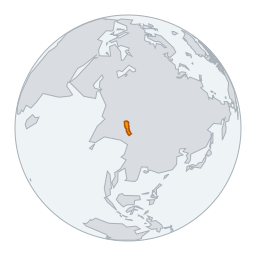 Nepal highlighted on a globe, orthographic projection, rotated 52°
{"feature_id": "NPL", "entity_name": "Nepal", "entity_type": "country or territory", "adm_level": 0, "iso_a3": "NPL", "parent_name": "Asia", "parent_adm1": "", "projection": "orthographic", "projection_center": [84.322, 28.374], "detail": "coarse", "context": "on_globe", "style": "filled", "palette": "amber", "viewbox_px": 256, "rotation_deg": 52, "n_neighbors": 0, "source": "natural_earth", "source_scale": "50m", "svg_char_len": 10928}
<svg xmlns="http://www.w3.org/2000/svg" viewBox="0 0 256 256"><g transform="rotate(52 128 128)"><circle cx="128" cy="128" r="113" fill="#eef3f6" stroke="#a8b0b8"/><path d="M165.2,21.7L164.9,21.7L170.9,25.2L175.9,27.6L172.3,26.3L184.0,32.1L189.3,36.3L181.4,30.9L179.0,29.9L181.6,32.2L179.8,31.6L180.0,32.6L177.6,31.9L173.2,29.1L171.5,28.7L173.4,30.4L172.2,31.0L169.7,28.6L167.3,29.5L159.5,25.8L154.5,21.0L148.2,19.5L137.9,16.5L136.9,16.7L132.3,16.1L129.4,16.2L128.3,15.9L127.0,16.3L128.5,16.6L128.5,16.9L126.9,17.1L125.2,16.7L125.8,16.5L124.5,16.5L124.3,16.2L123.5,16.5L121.7,16.1L121.2,16.8L117.8,16.8L117.2,16.5L120.3,16.1L125.9,15.4L133.9,15.5L141.8,16.2L149.7,17.5L157.5,19.3L165.2,21.7ZM110.6,16.7L112.2,16.5L108.6,17.1L104.0,18.0L102.2,18.4L101.9,18.4L110.6,16.7ZM100.0,18.9L99.2,19.2L94.3,20.5L100.0,18.9ZM179.9,29.6L178.3,28.5L180.5,29.8L179.9,29.6ZM180.5,32.8L181.5,33.4L181.2,33.7L180.5,32.8ZM114.0,16.3L113.1,16.4L114.0,16.3ZM115.8,16.1L116.5,16.0L117.5,15.9L117.0,16.0L115.8,16.1ZM177.2,32.9L176.3,33.4L176.4,32.4L177.2,32.9ZM114.6,16.3L119.0,15.8L120.6,15.7L120.1,16.0L114.6,16.3ZM175.3,33.3L173.3,34.7L175.4,36.0L168.2,33.6L172.3,33.0L172.1,31.6L173.6,32.8L175.3,33.3ZM129.7,16.6L128.0,16.3L130.8,16.4L129.7,16.6ZM131.6,16.6L140.5,17.1L142.2,17.8L138.9,17.4L142.3,18.5L138.8,18.6L136.1,18.0L135.7,17.5L134.7,18.0L131.6,16.6ZM164.6,32.2L163.5,32.3L163.8,31.7L164.6,32.2ZM128.6,17.1L130.3,17.0L131.9,17.6L128.9,17.9L129.4,17.6L128.6,17.1ZM145.0,18.8L145.7,19.4L143.0,19.6L142.9,19.9L138.9,18.7L145.0,18.8ZM128.2,17.5L127.4,18.0L125.2,18.0L127.1,17.2L128.2,17.5ZM133.6,17.7L134.3,18.0L132.9,17.9L133.6,17.7ZM116.9,18.4L118.9,18.1L119.9,18.4L116.9,18.4ZM127.2,18.2L128.0,18.3L128.6,18.4L127.6,18.7L127.2,18.2ZM137.3,19.0L136.0,19.0L138.8,19.5L136.9,19.9L134.5,19.0L134.8,19.5L134.2,19.6L132.9,18.8L137.3,19.0ZM128.5,19.5L124.8,18.8L121.0,19.2L120.0,18.9L126.3,18.4L128.5,19.5ZM131.2,19.1L129.3,19.3L129.0,18.8L130.1,18.4L131.2,19.1ZM136.4,20.5L140.0,20.1L140.3,20.4L136.4,20.5ZM127.4,19.7L128.3,19.8L127.2,19.7L127.4,19.7ZM133.7,20.3L134.9,20.1L135.3,20.3L133.7,20.3ZM129.1,20.4L128.0,20.2L128.7,19.9L129.1,20.4ZM131.3,20.4L131.6,20.8L129.6,19.9L131.7,20.3L131.3,20.4ZM133.9,20.5L134.6,20.6L133.4,20.6L133.9,20.5ZM127.0,21.9L124.4,20.8L126.0,20.1L128.3,21.2L127.0,21.9ZM23.2,86.6L25.5,81.3L36.6,69.9L36.1,73.6L41.6,79.0L41.8,80.9L38.0,85.2L39.7,97.4L43.8,94.8L48.4,103.2L53.4,106.2L60.7,97.5L52.5,92.4L54.1,86.8L63.1,86.8L70.7,91.7L71.6,89.7L69.4,83.0L73.8,80.8L68.9,80.5L68.9,83.1L65.9,83.1L65.7,80.8L67.3,80.0L65.7,77.9L58.7,82.6L58.0,85.8L52.3,83.3L50.6,88.5L48.1,89.5L50.1,81.3L51.9,79.1L53.6,69.1L51.2,71.1L49.5,80.8L48.8,79.3L45.6,82.7L47.6,79.0L50.1,68.3L46.7,66.3L37.8,71.5L36.8,70.0L38.0,66.1L45.8,57.8L47.2,62.0L50.0,59.6L53.6,54.2L53.8,56.1L55.4,54.6L56.3,56.1L61.5,54.5L63.0,55.9L68.7,51.9L70.3,52.2L66.4,54.4L64.6,56.8L68.8,60.7L70.7,60.5L74.1,57.7L74.8,59.3L77.5,56.2L81.8,57.4L78.9,53.4L82.8,50.6L87.4,49.7L88.2,48.2L80.7,49.7L78.2,51.0L76.9,53.2L69.6,56.7L67.3,56.2L73.0,50.1L70.4,48.9L76.0,45.2L92.7,42.7L97.8,43.8L98.4,51.4L95.1,52.6L93.2,50.3L91.5,55.0L93.3,53.4L93.9,54.9L97.8,52.9L98.4,54.0L101.1,50.5L102.3,51.6L100.6,53.7L107.3,52.2L110.8,54.0L112.0,53.2L112.4,51.8L116.5,55.3L117.3,54.6L116.2,53.1L116.9,50.9L119.8,48.3L121.1,49.6L120.2,50.7L120.3,55.2L117.8,58.2L118.6,58.5L121.1,56.3L121.0,50.7L122.4,48.9L123.0,51.3L122.9,50.3L124.0,49.8L126.3,50.6L125.9,47.9L136.2,41.9L141.7,43.3L141.0,45.9L149.6,44.1L155.1,46.4L154.1,45.0L157.5,43.6L155.8,42.8L155.6,42.1L163.6,39.0L166.5,39.6L168.8,37.3L168.3,36.6L166.3,36.0L168.2,33.6L175.4,36.0L176.2,37.2L180.2,38.1L181.5,41.1L184.4,44.1L183.5,47.3L185.9,49.7L187.2,49.8L191.4,53.5L195.6,61.1L186.6,54.4L179.2,44.3L181.7,48.2L179.5,47.2L179.3,48.7L181.3,51.6L182.5,52.0L177.1,57.7L178.4,66.6L182.4,65.3L185.9,67.5L190.9,78.1L187.3,94.6L191.9,98.9L192.9,102.1L190.4,104.8L188.9,100.0L185.4,98.9L185.0,96.0L180.4,99.2L179.6,95.2L176.5,99.9L178.8,102.7L183.1,101.2L180.8,107.3L186.5,112.0L188.2,118.6L182.4,131.7L174.7,136.5L174.5,138.6L170.9,136.7L167.0,141.4L174.3,152.2L174.4,155.5L167.6,162.6L167.3,160.2L157.8,155.1L156.6,163.1L163.8,168.9L166.3,176.1L161.0,174.3L158.4,168.0L155.0,166.0L155.5,159.1L152.0,149.1L146.6,151.3L146.6,147.1L140.8,138.6L132.9,141.4L120.4,152.2L119.4,162.7L114.8,166.9L107.7,151.2L106.7,140.7L102.8,141.2L96.6,131.4L82.1,127.9L81.2,124.9L78.2,125.5L74.1,121.5L73.2,116.5L70.2,115.8L72.7,128.9L76.1,129.7L80.7,126.3L80.6,130.6L84.8,135.4L75.8,143.3L56.1,145.8L56.3,137.7L52.2,111.9L53.5,109.8L53.6,109.5L53.6,109.0L51.1,112.2L51.1,107.3L51.1,124.4L50.1,131.1L55.8,146.2L54.8,147.0L57.2,150.5L67.7,151.2L67.3,153.7L61.1,163.6L48.5,173.7L51.3,184.4L52.5,192.3L47.4,194.2L50.6,200.6L48.3,200.9L50.0,204.1L49.7,206.0L48.3,206.5L42.9,201.7L40.3,198.5L34.3,190.1L25.0,171.7L24.0,166.0L22.6,159.9L19.0,143.3L19.6,136.9L19.2,132.8L18.0,131.3L17.7,126.4L17.2,124.9L15.8,118.3L15.8,118.1L16.8,110.1L18.4,102.1L20.5,94.3L23.2,86.6ZM29.5,77.7L28.4,79.5L29.5,77.7ZM76.6,102.2L82.6,104.9L83.6,97.7L86.0,98.2L85.5,95.7L83.7,97.2L82.9,90.6L86.8,89.8L88.0,87.0L86.1,86.0L79.0,88.6L80.0,97.9L77.1,99.8L76.6,102.2ZM63.6,45.7L62.7,47.3L60.5,48.5L58.6,47.6L61.8,45.7L63.6,45.7ZM61.8,49.3L68.0,44.1L69.4,44.7L67.6,45.2L67.9,46.1L65.0,47.2L60.4,53.3L58.1,54.8L55.8,51.8L57.8,51.8L58.6,50.1L61.8,49.3ZM81.2,32.2L83.9,30.7L83.5,33.9L81.1,35.0L79.0,33.9L80.7,32.0L81.2,32.2ZM112.9,17.2L114.0,17.0L114.4,17.0L113.9,17.3L112.9,17.2ZM117.8,18.2L108.8,18.7L109.5,18.3L103.4,19.4L102.9,18.9L106.9,18.2L102.0,18.8L105.5,18.0L101.9,18.6L110.9,17.0L113.8,16.5L110.7,17.2L111.0,17.6L112.0,17.6L117.0,17.4L123.4,16.8L124.7,17.4L124.0,17.9L122.6,18.1L122.2,17.6L120.7,18.3L119.1,17.8L117.8,18.2ZM114.2,27.9L114.3,26.6L111.1,29.1L109.4,28.1L109.1,28.4L106.7,28.3L103.3,28.8L103.0,28.2L101.8,28.6L100.1,28.7L98.4,29.2L97.2,28.3L95.0,29.0L95.7,28.2L92.2,29.6L94.3,28.3L92.3,28.3L91.3,29.6L89.3,25.4L86.8,25.1L83.6,25.8L87.6,23.8L93.2,22.1L98.9,21.2L100.8,21.9L102.3,21.0L103.6,21.2L101.8,21.8L105.3,21.0L105.9,21.3L111.0,21.4L115.6,20.3L117.6,20.5L116.1,21.0L119.1,20.8L117.6,22.1L119.0,22.2L119.0,23.8L115.3,25.1L117.1,25.2L117.1,26.6L114.2,27.9ZM126.9,22.4L122.8,23.8L120.0,24.0L121.3,21.2L120.2,20.9L121.0,19.4L125.2,19.2L124.6,19.6L125.0,20.0L123.5,19.9L125.0,20.2L124.2,20.9L125.1,21.4L123.5,21.7L126.9,22.4ZM43.8,80.0L44.3,81.0L45.5,81.9L43.5,84.1L43.8,80.0ZM45.4,72.7L46.1,73.1L43.8,76.4L43.3,75.5L45.4,72.7ZM48.5,70.6L46.3,72.8L47.2,71.1L48.5,70.6ZM67.3,54.6L68.3,55.0L67.6,55.7L66.2,56.4L67.3,54.6ZM104.3,36.2L104.8,35.2L105.6,35.1L108.6,33.2L110.0,33.9L108.8,35.4L104.3,36.2ZM58.2,98.3L55.6,99.3L55.3,97.9L56.3,97.8L58.2,98.3ZM48.3,91.5L49.6,94.3L47.7,92.1L48.3,91.5ZM106.4,36.8L107.5,35.8L107.6,36.8L106.4,36.8ZM111.3,34.4L111.7,35.4L110.6,33.8L111.3,34.4ZM108.2,236.5L110.3,237.2L108.5,237.0L108.2,236.5ZM67.5,196.9L66.2,208.4L62.0,206.9L59.4,202.6L58.7,195.1L63.0,194.6L64.6,191.5L67.5,196.9ZM191.1,187.9L193.9,187.6L193.8,188.0L191.1,187.9ZM188.3,187.1L191.6,186.4L187.6,188.2L188.3,187.1ZM192.8,186.2L196.1,184.5L197.5,183.4L197.2,184.4L192.8,186.2ZM186.0,187.6L173.3,189.9L168.2,189.4L169.5,187.6L177.8,186.8L186.0,187.6ZM169.1,187.7L161.0,183.9L149.3,170.8L153.5,170.8L165.6,178.3L164.9,179.8L169.7,182.9L169.1,187.7ZM188.1,175.8L187.3,180.3L180.3,181.3L177.1,181.2L174.9,175.9L176.2,172.9L178.8,172.5L188.6,160.7L192.1,162.4L189.2,167.2L192.1,170.5L188.1,175.8ZM119.9,163.7L122.8,169.9L120.2,170.8L119.9,163.7ZM192.1,152.8L188.5,158.1L191.6,151.4L192.1,152.8ZM193.7,146.6L194.2,148.9L192.4,147.0L193.7,146.6ZM174.8,141.8L172.0,142.8L171.7,141.2L175.1,139.0L174.8,141.8ZM189.5,124.2L190.3,129.1L190.0,130.9L188.4,128.2L189.5,124.2ZM120.5,44.0L114.7,45.6L111.5,47.7L111.2,50.2L109.1,47.6L114.1,44.3L120.5,44.0ZM134.1,41.9L134.4,40.0L135.9,40.6L136.1,41.1L134.1,41.9ZM133.1,40.9L130.3,39.2L131.5,38.0L133.5,39.6L133.1,40.9ZM118.1,37.5L116.3,37.8L116.3,37.0L118.1,37.5ZM201.3,213.6L202.3,212.7L203.4,211.7L201.3,213.6ZM209.3,205.9L205.2,209.9L205.5,209.5L203.5,211.4L201.8,212.4L203.1,210.0L201.0,211.8L204.0,208.6L200.5,211.9L200.6,210.4L198.2,210.9L179.2,221.4L175.6,221.8L177.8,219.4L177.1,213.7L178.4,213.5L179.1,209.0L191.1,201.9L200.2,191.3L205.3,190.0L210.2,182.2L215.1,180.5L212.8,186.1L216.8,186.7L222.1,174.1L222.1,183.9L223.4,185.6L220.9,191.4L209.7,205.5L209.3,205.9ZM236.0,158.1L236.3,157.2L236.2,157.5L236.0,158.1ZM198.0,186.5L202.0,182.1L204.0,181.2L198.0,186.5ZM235.9,157.3L235.4,158.0L235.6,157.3L235.9,157.3ZM236.2,155.7L236.3,154.9L236.2,156.5L236.2,155.7ZM235.4,155.2L235.9,155.9L235.3,155.5L235.4,155.2ZM235.0,156.0L234.5,156.0L234.5,155.6L235.0,156.0ZM227.4,164.0L229.4,167.3L227.3,168.9L225.1,167.3L222.6,171.8L217.3,174.2L218.8,171.6L218.3,168.9L212.4,170.4L211.2,168.9L213.4,166.7L209.3,166.7L213.9,164.0L215.6,167.4L218.1,163.1L222.0,161.9L225.6,161.2L228.1,162.4L227.4,164.0ZM213.5,173.0L214.3,172.6L213.5,174.1L213.5,173.0ZM233.5,154.9L234.2,156.0L234.1,156.6L233.7,156.7L233.5,154.9ZM228.7,161.3L231.6,155.9L232.2,155.4L230.2,160.6L228.7,161.3ZM231.1,154.2L232.2,153.7L232.7,155.1L232.4,155.8L231.1,154.2ZM204.2,172.7L204.0,173.9L202.8,173.4L204.2,172.7ZM205.9,171.5L209.5,171.4L205.5,172.6L205.9,171.5ZM194.0,171.0L195.2,173.4L198.9,170.7L196.0,173.9L198.4,177.6L197.5,179.5L195.2,175.4L194.1,180.6L192.4,180.9L191.6,176.9L193.4,171.3L195.1,168.7L201.8,166.0L194.0,171.0ZM205.9,168.2L204.9,165.3L205.6,163.0L206.7,164.3L205.9,168.2ZM201.7,158.5L198.7,155.5L196.2,157.7L201.0,151.0L203.1,154.9L201.7,158.5ZM198.7,150.9L196.4,152.8L198.7,149.1L198.7,150.9ZM195.7,151.7L195.2,149.1L197.1,149.0L195.7,151.7ZM200.0,150.6L200.0,146.0L201.2,148.4L200.0,150.6ZM193.7,143.3L198.3,146.7L192.8,146.1L191.4,137.4L193.7,136.6L193.7,143.3ZM199.2,104.2L198.0,101.8L199.7,100.7L200.1,102.6L199.2,104.2ZM204.3,95.5L199.8,99.6L196.0,103.2L197.7,104.0L197.9,108.6L194.7,105.2L196.5,99.6L199.6,97.6L199.0,93.9L200.6,90.7L198.6,86.5L198.9,84.3L201.7,87.6L204.3,95.5ZM197.6,84.8L194.6,77.3L198.4,77.2L199.9,78.8L199.7,82.3L197.7,82.1L197.6,84.8ZM195.0,75.5L193.1,75.4L184.7,65.8L183.9,63.8L192.2,70.6L190.9,70.9L192.3,73.4L195.0,75.5ZM164.4,32.9L163.5,32.3L164.8,32.6L164.4,32.9ZM154.6,41.7L154.5,40.7L156.0,41.0L154.6,41.7ZM155.0,38.3L153.4,38.7L154.6,37.7L155.0,38.3ZM149.9,39.6L152.5,38.5L150.8,40.4L149.9,39.6Z" fill="#d9dde1" stroke="#a8b0b8" stroke-width="1"/><path d="M134.6,128.9L134.4,130.3L134.7,131.0L134.6,131.7L133.2,131.9L132.7,131.5L132.2,131.8L131.0,131.4L130.6,131.5L130.3,131.0L129.5,131.2L128.6,130.6L128.5,130.1L127.6,129.7L127.1,130.0L126.5,129.8L126.2,130.0L125.2,129.7L125.1,129.4L124.7,129.4L123.9,128.9L123.7,129.0L122.5,128.0L121.6,127.4L121.3,127.4L120.7,126.9L121.2,125.5L121.7,124.8L122.2,124.4L122.7,124.7L123.1,124.1L123.8,124.0L124.1,124.1L124.4,124.6L125.5,125.4L126.0,125.6L126.7,126.4L127.3,126.2L127.6,126.3L127.8,126.9L128.8,127.6L129.4,127.6L129.4,128.1L130.3,128.2L130.9,128.9L131.1,128.5L131.6,128.8L132.0,128.5L132.9,129.0L134.6,128.9Z" fill="#f59e0b" stroke="#b45309" stroke-width="1.5"/></g></svg>